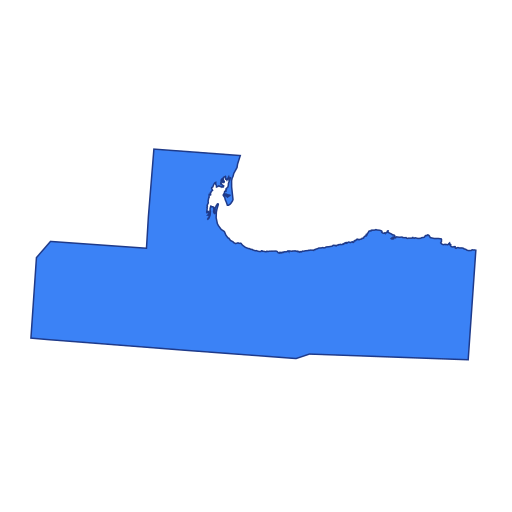 San Antonio, Río Negro, Argentina (Natural Earth projection), rotated 274°
{"feature_id": "61730980B19099504402623", "entity_name": "San Antonio", "entity_type": "district", "adm_level": 2, "iso_a3": "ARG", "parent_name": "Argentina", "parent_adm1": "Río Negro", "projection": "natural_earth1", "projection_center": [-65.004, -40.959], "detail": "fine", "context": "isolated", "style": "filled", "palette": "blue", "viewbox_px": 512, "rotation_deg": 274, "n_neighbors": 0, "source": "geoboundaries", "source_scale": "gbopen_adm2", "svg_char_len": 6167}
<svg xmlns="http://www.w3.org/2000/svg" viewBox="0 0 512 512"><g transform="rotate(274 256 256)"><path d="M256.2,50.0L239.1,37.1L158.4,37.2L158.1,54.0L157.0,194.3L156.5,303.1L161.9,316.1L167.3,474.9L277.1,474.9L277.3,473.1L277.1,472.4L277.3,471.2L276.5,470.3L276.2,467.5L276.6,465.8L277.3,464.8L277.6,463.0L278.1,462.6L278.4,461.0L278.2,458.2L278.5,457.3L278.4,456.3L278.1,455.6L277.7,455.3L277.6,455.0L277.8,454.4L278.1,454.1L279.2,454.0L279.2,453.0L279.0,452.8L278.7,451.5L279.0,450.0L280.3,449.0L280.6,449.5L280.9,449.5L281.4,448.8L281.4,448.5L282.5,448.2L281.7,447.4L281.0,447.5L280.9,446.7L280.5,446.1L280.8,445.1L280.6,444.2L280.9,443.8L280.4,442.5L280.4,441.8L280.8,440.7L282.0,439.3L283.3,440.0L285.5,439.9L286.0,439.6L286.2,436.7L285.9,432.6L286.5,428.6L288.3,427.4L288.4,427.0L288.9,426.7L289.0,425.8L289.0,425.4L288.2,425.0L288.2,423.6L286.6,422.7L286.2,421.9L285.9,420.2L285.1,418.8L284.8,416.3L285.3,413.4L284.7,412.6L285.2,411.2L286.0,410.9L285.0,410.9L284.7,410.5L284.4,406.7L284.1,406.2L284.3,404.9L284.8,404.5L284.6,402.6L284.7,400.9L285.1,400.4L284.7,397.8L284.9,394.7L284.6,394.3L284.0,394.1L283.8,393.7L284.1,392.8L283.6,392.4L284.0,391.9L283.1,392.1L282.7,392.0L282.4,390.5L282.8,389.6L283.5,390.2L283.7,391.4L284.4,391.7L284.2,393.2L285.9,393.0L286.4,392.5L286.9,390.1L287.3,389.9L288.4,387.0L289.1,385.9L290.4,386.1L290.9,386.0L289.9,385.7L289.7,385.2L288.8,385.3L288.4,384.3L288.2,384.3L288.1,383.5L287.9,383.2L287.6,383.2L288.0,382.6L287.6,382.3L287.5,381.9L287.8,380.7L288.4,379.8L289.1,380.0L289.7,379.6L289.9,379.1L290.3,377.7L290.4,374.7L290.7,373.8L290.1,372.7L290.1,372.0L289.9,371.6L290.0,370.8L289.8,370.5L289.9,369.7L289.6,369.0L289.0,368.9L288.9,367.4L288.6,366.9L286.9,366.2L286.4,365.6L284.7,365.2L284.7,364.9L285.0,364.5L284.1,364.2L283.7,364.4L283.4,363.3L282.3,362.3L281.3,362.0L281.1,360.6L280.4,360.3L280.0,359.2L280.0,358.7L279.5,358.0L279.5,357.4L279.7,357.1L279.4,356.6L279.9,356.0L279.8,355.5L278.3,354.3L278.2,354.1L278.5,353.8L277.9,352.9L277.1,352.8L276.3,352.0L276.4,351.5L276.9,351.3L276.5,350.0L276.1,349.6L275.9,349.0L276.4,347.8L276.3,347.2L275.8,346.6L275.6,345.6L275.0,345.6L275.0,345.3L275.6,344.9L275.3,344.6L275.5,344.5L275.5,344.3L274.9,343.3L274.5,343.3L274.3,342.3L273.8,342.2L273.9,341.7L273.6,341.5L273.4,340.8L273.3,339.4L273.5,339.2L273.2,338.7L273.1,337.7L272.7,337.4L272.8,337.0L272.4,336.4L272.1,335.4L271.7,335.3L271.8,334.4L272.2,334.0L272.0,333.6L272.1,332.3L271.1,331.3L270.3,327.9L270.0,325.8L269.6,324.8L269.1,324.4L268.8,323.1L269.1,322.1L268.6,320.6L268.3,318.0L267.7,317.1L266.9,315.0L266.5,314.7L266.5,314.0L266.2,313.5L265.6,313.2L265.8,311.7L265.7,311.4L265.7,309.9L265.4,309.2L265.5,308.4L265.1,307.8L264.6,304.6L264.1,303.5L264.1,302.0L263.7,301.7L263.6,301.2L263.3,301.0L263.5,299.8L263.1,299.7L263.1,299.3L262.8,299.0L263.2,298.4L263.3,297.7L263.6,297.5L263.3,297.3L263.6,296.8L263.5,296.0L263.9,295.3L263.6,294.7L263.8,293.9L263.6,293.4L263.6,292.3L263.3,291.9L263.2,290.8L263.4,289.1L263.3,288.4L262.9,288.4L263.3,288.1L263.2,287.2L262.7,286.9L262.3,286.0L262.1,283.7L261.8,283.1L261.5,283.1L261.5,282.5L261.1,281.8L261.5,281.7L261.3,281.2L261.0,280.8L261.3,280.4L260.7,280.0L260.5,279.3L261.0,279.0L260.6,278.7L260.8,277.9L261.9,276.9L262.3,275.7L261.7,268.9L261.3,267.8L261.3,267.1L261.6,266.6L261.0,266.0L260.9,265.2L261.2,263.5L261.1,262.2L261.6,261.8L261.6,261.1L260.8,260.5L260.7,259.3L260.9,257.5L261.4,256.0L261.2,255.1L261.3,254.4L261.9,252.2L262.3,251.7L262.3,250.0L262.9,249.2L262.9,248.0L263.6,245.6L264.0,244.6L265.7,242.0L266.8,240.8L267.4,240.4L267.7,239.8L267.4,238.3L267.9,237.1L267.6,236.7L267.0,234.7L267.8,232.8L268.5,232.2L269.2,230.7L269.7,229.5L271.9,227.6L271.9,227.1L272.3,226.6L274.7,224.5L277.9,222.9L278.4,222.4L280.1,219.4L283.5,216.5L285.6,215.2L291.3,213.6L293.9,213.5L297.1,213.4L300.2,213.8L304.7,214.8L305.4,214.5L305.3,213.9L304.6,213.5L304.2,213.5L303.7,212.9L302.1,212.5L301.7,211.9L301.3,211.7L299.7,212.0L297.7,211.8L295.8,212.0L295.5,211.8L296.0,211.1L296.7,210.7L297.9,210.5L299.1,210.8L301.7,210.2L302.1,209.6L302.0,208.3L302.7,207.5L302.6,207.4L300.2,206.9L298.7,207.0L297.5,207.4L293.7,207.4L290.6,206.5L289.3,205.4L289.5,205.2L290.6,205.7L291.1,206.4L292.4,206.5L293.8,207.0L294.7,206.5L293.4,205.5L293.4,205.0L294.8,206.2L296.0,206.2L295.9,205.9L296.1,205.8L296.7,205.8L296.5,205.6L296.5,205.1L297.2,205.0L297.3,204.6L297.1,204.3L295.9,204.6L295.7,204.0L296.3,203.7L300.2,204.0L301.2,203.7L301.4,204.0L302.4,204.0L303.1,203.7L305.7,204.7L307.4,204.4L310.2,204.7L311.2,204.9L311.2,205.1L314.2,205.0L314.4,205.8L314.0,206.0L313.8,206.4L314.2,206.5L315.7,206.0L316.1,206.6L317.2,206.8L318.5,208.1L320.3,207.0L321.1,207.0L321.9,208.1L324.3,208.8L326.1,209.8L326.6,210.7L324.8,210.8L323.7,211.5L322.1,211.8L322.8,213.3L323.5,214.1L322.9,215.0L322.9,215.5L322.6,216.0L322.8,216.9L322.3,217.2L322.7,217.7L322.5,218.4L322.6,218.6L323.7,218.9L324.4,217.5L325.1,216.8L325.6,216.6L325.7,216.1L325.4,215.9L325.7,215.7L326.2,216.1L326.7,215.8L327.3,215.8L327.5,216.5L327.3,217.4L329.1,215.9L330.3,216.4L331.0,217.5L331.0,217.9L331.5,217.8L332.1,218.0L333.3,220.0L332.9,220.2L331.1,220.0L330.5,220.4L330.6,221.0L329.9,221.5L330.6,221.6L330.7,221.8L330.5,222.2L331.0,222.0L331.2,222.7L331.9,222.7L333.2,223.3L332.9,223.4L331.5,223.0L330.7,223.8L330.6,224.0L331.3,224.0L332.1,224.7L332.2,224.9L331.9,225.0L326.5,223.4L324.5,223.4L323.0,223.2L320.8,221.4L320.3,221.8L320.1,221.5L319.7,221.3L318.8,221.6L318.5,221.5L318.6,220.7L318.1,220.2L316.8,220.1L316.1,219.7L314.9,220.4L315.1,221.1L315.6,221.2L315.8,221.8L315.1,223.2L314.9,225.7L314.6,225.8L313.8,224.7L314.6,223.9L313.7,223.7L313.3,224.1L312.7,223.5L313.1,222.9L313.9,222.8L313.6,222.5L313.7,221.9L314.1,221.8L314.0,221.4L314.5,221.0L314.7,219.9L315.1,219.4L314.6,219.0L314.2,219.1L312.2,220.7L310.0,221.4L307.5,222.7L304.6,223.9L304.7,225.0L305.8,226.5L307.1,227.5L309.5,228.8L310.8,229.1L323.1,226.9L329.4,226.4L332.1,226.8L333.8,227.5L336.9,228.1L342.9,230.9L346.4,231.2L355.1,233.3L355.5,146.7L288.0,145.9L256.1,146.2L256.2,50.0ZM328.0,219.2L329.9,218.0L329.6,217.3L328.9,217.3L328.7,217.9L327.9,218.5L327.6,219.1L328.0,219.2Z" fill="#3b82f6" stroke="#1e3a8a" stroke-width="1.5"/></g></svg>